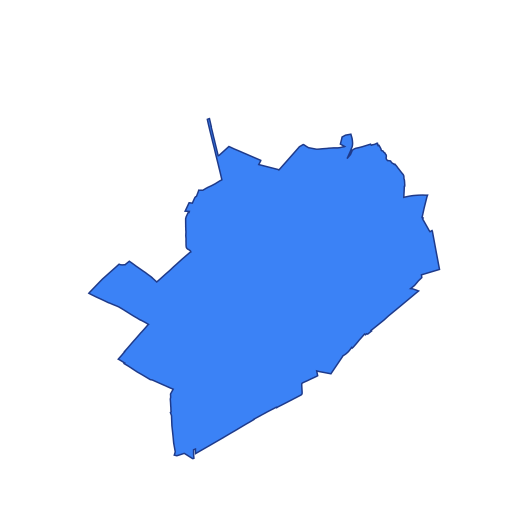 the district of Iecava, Iecavas, Latvia, rotated 327°
{"feature_id": "27541924B74640120803462", "entity_name": "Iecava", "entity_type": "district", "adm_level": 2, "iso_a3": "LVA", "parent_name": "Latvia", "parent_adm1": "Iecavas", "projection": "natural_earth1", "projection_center": [24.213, 56.601], "detail": "fine", "context": "isolated", "style": "filled", "palette": "blue", "viewbox_px": 512, "rotation_deg": 327, "n_neighbors": 0, "source": "geoboundaries", "source_scale": "gbopen_adm2", "svg_char_len": 5850}
<svg xmlns="http://www.w3.org/2000/svg" viewBox="0 0 512 512"><g transform="rotate(327 256 256)"><path d="M104.5,332.4L102.7,335.5L102.2,336.5L101.4,337.8L100.5,339.3L100.0,340.4L99.0,340.6L98.2,343.9L96.8,346.2L93.0,352.6L88.4,361.7L85.1,368.0L81.6,376.3L79.0,378.5L80.8,380.4L83.2,381.1L88.2,382.4L88.4,382.6L88.9,383.6L92.2,390.8L92.7,391.6L93.8,391.8L94.1,391.2L94.7,390.1L95.6,388.4L98.1,384.5L100.1,384.9L97.7,388.8L116.3,389.8L130.4,390.5L137.7,390.8L145.7,391.2L146.5,391.2L152.0,391.4L156.7,391.6L159.8,391.8L164.9,392.0L165.2,392.0L165.2,391.7L165.5,391.7L179.8,392.8L181.9,393.0L188.9,393.7L190.8,393.9L190.9,394.1L190.8,394.5L191.3,394.5L192.4,394.5L195.7,394.9L197.7,395.1L202.5,395.6L204.7,395.8L207.4,396.1L210.9,396.4L211.6,396.5L218.2,397.1L218.9,397.0L219.6,396.6L220.4,395.5L221.1,394.3L221.9,392.9L223.6,389.9L224.5,388.5L224.9,388.0L225.5,387.8L226.1,387.8L228.3,388.1L231.4,388.6L234.7,389.0L238.1,389.5L241.1,389.9L242.5,390.0L242.6,389.8L243.3,388.0L244.3,385.4L245.9,387.2L247.8,389.0L249.8,390.9L252.2,393.2L254.7,395.6L255.1,395.4L273.5,387.6L274.4,387.1L277.8,387.1L280.7,386.7L282.6,386.2L286.4,384.8L286.5,385.6L288.0,385.4L292.9,384.0L295.1,383.3L296.9,382.7L298.4,382.3L304.4,380.6L304.6,380.6L304.9,381.7L305.5,381.6L306.4,381.4L306.6,381.8L307.1,382.3L307.4,382.3L311.5,381.9L311.4,381.8L311.5,381.7L311.7,381.1L311.9,381.1L328.6,379.4L334.5,378.4L348.6,376.8L371.2,374.1L373.3,373.9L372.0,372.1L369.2,368.5L368.4,368.0L368.8,367.7L368.4,367.5L373.1,367.0L378.7,365.3L383.3,364.4L384.5,361.9L402.6,367.2L409.4,350.6L417.4,331.3L417.5,330.5L415.2,330.4L415.1,328.7L415.2,327.3L415.3,326.1L415.8,317.8L415.9,315.5L416.1,315.5L416.9,315.2L416.8,314.8L416.4,313.8L416.7,313.7L423.3,307.2L431.8,299.3L433.0,298.4L431.7,297.6L428.9,295.6L426.1,293.9L423.1,292.2L420.7,290.9L419.2,290.2L417.6,289.5L415.9,288.8L412.8,287.6L411.9,287.3L412.3,286.7L415.1,282.9L416.1,281.5L418.4,278.3L418.8,278.4L419.5,277.4L419.9,276.6L420.5,275.6L421.6,273.6L422.1,272.3L422.2,271.7L423.0,270.4L423.4,269.7L423.7,268.8L423.8,267.8L423.6,266.4L423.4,264.4L423.2,261.8L423.1,260.6L423.0,260.0L422.9,257.6L422.6,255.2L422.5,254.6L422.2,254.6L421.8,254.6L421.6,253.6L420.8,252.3L420.5,250.1L420.6,249.6L420.4,249.4L419.1,248.2L418.4,247.8L418.2,247.1L418.1,245.6L418.6,244.5L419.4,243.7L419.9,242.9L420.2,242.1L420.1,240.9L420.2,239.6L419.9,239.2L419.7,238.4L419.7,237.6L419.6,236.9L418.7,236.0L418.7,235.5L419.1,234.3L419.3,232.7L419.4,230.8L419.4,230.2L418.6,230.1L418.9,229.1L418.6,228.9L419.3,227.6L419.0,227.3L418.0,227.2L417.0,227.1L415.5,226.7L414.7,226.3L413.0,225.9L413.0,224.6L404.8,222.3L401.2,221.1L398.3,220.0L397.4,219.8L396.5,219.7L394.5,219.7L390.5,222.4L385.4,223.9L385.9,223.6L387.4,222.7L389.2,221.5L391.1,220.3L392.9,219.1L394.5,217.9L395.5,217.2L396.3,216.6L397.1,215.8L397.7,215.0L398.0,214.7L398.8,213.4L399.9,211.3L400.7,209.5L401.9,205.5L396.9,203.4L393.0,203.1L391.5,204.6L387.7,208.1L390.0,212.5L389.5,212.4L388.3,211.9L386.4,211.2L385.4,210.8L383.5,209.9L379.8,207.5L377.8,206.4L375.5,205.1L374.2,204.5L372.6,203.6L370.6,202.5L368.5,201.4L367.3,200.8L365.7,199.9L364.8,199.3L362.5,197.1L359.5,194.2L359.2,194.0L358.9,193.5L357.7,191.0L357.6,190.7L356.7,188.7L356.4,188.3L356.2,188.2L353.6,188.1L351.9,188.0L350.6,188.4L337.0,192.2L322.6,196.2L322.1,196.3L322.1,196.1L321.9,195.8L308.1,180.8L309.0,180.3L312.0,178.6L312.1,178.4L305.3,168.2L303.4,165.3L301.7,162.8L298.8,158.4L296.0,154.3L293.7,150.6L292.9,149.4L279.9,151.5L278.9,151.3L283.1,139.3L283.2,139.0L284.2,136.3L285.3,133.0L286.9,128.6L287.7,126.3L288.8,123.1L289.0,123.1L289.3,122.2L290.3,119.5L290.9,117.8L291.8,115.4L291.5,115.3L289.6,114.9L288.0,119.1L285.8,125.3L281.5,137.6L280.8,139.7L279.5,143.5L277.4,149.3L275.5,154.8L274.4,158.0L273.4,160.8L271.6,166.0L269.1,172.9L268.9,173.5L268.5,173.5L266.9,173.3L262.9,173.2L261.3,173.2L256.9,172.8L255.6,172.6L252.9,172.2L251.3,172.1L250.5,172.0L249.1,172.0L247.8,171.9L247.2,171.9L246.9,171.7L243.8,169.6L243.3,170.1L238.5,173.6L238.1,173.5L237.5,173.4L236.8,173.7L236.6,173.7L235.6,174.3L231.4,177.0L228.9,174.9L221.0,179.8L224.4,182.3L223.5,183.1L222.8,182.6L218.9,185.0L217.3,186.4L215.7,188.9L214.5,190.8L213.7,192.1L213.2,192.8L212.2,194.6L211.8,195.1L210.5,197.4L210.0,198.2L209.6,198.7L209.0,199.6L208.7,200.0L208.3,200.5L206.6,203.6L205.5,205.2L204.4,207.0L203.3,208.7L202.4,210.4L202.2,211.1L202.2,212.0L202.4,212.8L202.6,213.3L203.2,214.3L203.4,214.9L203.7,215.6L203.8,216.1L203.6,217.1L202.5,217.0L201.2,217.2L199.7,217.4L198.1,217.6L192.2,218.4L186.0,219.4L184.9,219.6L183.5,219.8L180.9,220.2L178.3,220.7L176.7,221.0L174.9,221.3L170.5,221.9L166.8,222.5L163.0,223.1L160.1,223.5L158.6,223.7L158.0,221.4L157.5,219.4L156.9,217.3L157.0,217.3L156.6,216.0L155.5,213.2L154.9,211.6L154.3,209.8L153.5,208.0L152.2,204.8L151.3,202.6L149.8,198.9L149.3,197.5L148.2,194.6L147.2,192.2L146.9,191.4L142.1,191.9L141.7,192.1L140.2,191.3L139.1,190.7L138.4,190.2L137.7,189.6L137.1,188.9L136.7,188.3L134.7,188.6L132.9,188.9L114.7,191.7L111.1,192.5L96.9,195.8L95.5,196.2L95.6,196.4L97.2,199.2L98.0,200.5L99.4,202.9L102.4,207.6L104.2,210.5L105.4,212.5L106.8,214.8L107.2,215.3L107.5,215.6L109.3,218.3L111.2,221.0L112.3,222.6L113.1,223.8L114.6,226.8L117.1,232.1L119.6,237.5L120.6,239.6L121.8,242.0L122.5,243.3L123.0,244.4L124.1,246.7L124.3,246.7L126.7,251.0L128.6,254.8L128.0,254.9L127.1,255.1L125.1,255.7L123.0,256.3L120.8,256.9L119.2,257.3L118.7,257.5L117.9,257.6L109.6,260.0L109.2,260.1L108.9,260.2L108.4,260.3L104.8,261.3L98.4,263.2L93.6,264.5L93.7,264.8L91.9,265.3L91.5,265.4L89.3,266.1L84.3,267.5L84.7,268.2L85.1,269.0L85.8,270.4L86.8,272.5L87.2,273.5L87.6,274.2L86.8,274.4L88.9,278.7L93.2,288.5L95.9,293.7L97.6,297.2L100.0,302.1L101.5,303.5L111.9,319.5L114.0,322.6L109.3,325.1L109.0,325.4L108.7,325.9L108.4,326.5L107.5,328.0L106.2,329.3L104.5,332.4Z" fill="#3b82f6" stroke="#1e3a8a" stroke-width="1.5"/></g></svg>